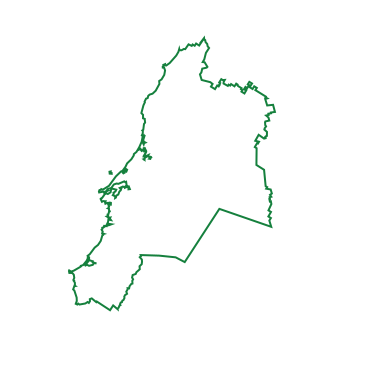 Break O'Day, Tasmania, Australia, rotated 202°
{"feature_id": "25037944B7589359748935", "entity_name": "Break O'Day", "entity_type": "district", "adm_level": 2, "iso_a3": "AUS", "parent_name": "Australia", "parent_adm1": "Tasmania", "projection": "albers", "projection_center": [148.247, -41.391], "detail": "fine", "context": "isolated", "style": "outline", "palette": "green", "viewbox_px": 384, "rotation_deg": 202, "n_neighbors": 0, "source": "geoboundaries", "source_scale": "gbopen_adm2", "svg_char_len": 6057}
<svg xmlns="http://www.w3.org/2000/svg" viewBox="0 0 384 384"><g transform="rotate(202 192 192)"><path d="M255.7,45.9L254.2,45.5L249.1,48.7L247.6,50.9L246.1,50.5L245.7,52.5L246.6,54.4L245.1,55.8L239.5,54.0L239.3,54.8L223.7,51.7L222.6,57.3L217.1,55.5L217.4,56.0L216.7,57.2L216.7,59.4L216.0,60.3L216.7,60.8L216.7,62.8L215.7,63.6L215.9,65.2L215.1,66.1L214.9,68.4L215.6,69.6L215.5,71.2L214.1,73.3L215.6,75.0L215.2,77.8L215.7,78.7L214.2,79.1L214.6,81.2L213.9,83.9L212.9,84.8L214.1,87.3L213.9,89.0L215.5,90.2L215.9,92.8L213.5,94.9L213.5,96.8L211.5,100.8L212.8,103.5L211.6,106.2L212.2,108.6L213.2,110.6L216.0,112.0L215.3,113.4L216.0,114.3L198.6,120.7L182.7,125.3L172.5,124.3L160.3,186.6L105.5,189.4L109.6,194.5L109.1,197.4L112.0,197.9L111.3,203.1L114.2,203.6L113.9,210.6L115.4,212.9L116.2,212.3L117.6,214.4L117.1,214.7L118.1,216.3L116.7,217.3L118.6,218.6L117.4,220.5L120.0,223.8L124.4,222.9L124.1,224.7L125.9,225.0L133.5,239.6L142.4,241.2L148.5,256.8L150.6,257.2L149.9,261.8L149.0,261.7L148.7,263.7L152.5,263.2L151.6,270.0L145.2,268.5L144.4,269.1L145.0,269.3L144.8,270.3L144.2,270.3L144.2,271.7L143.6,272.1L145.0,275.8L148.3,277.0L148.5,278.3L147.9,280.6L149.1,281.4L150.4,284.0L150.4,284.9L147.1,287.2L149.0,289.7L151.9,290.7L149.8,292.2L150.5,293.2L148.2,294.6L148.6,295.3L145.1,297.3L149.5,303.2L154.7,300.4L159.0,305.7L157.3,307.0L159.3,307.3L159.2,308.1L171.4,310.2L170.9,312.8L173.9,313.3L174.4,310.2L177.8,310.8L177.0,315.1L180.1,315.6L180.6,312.7L179.2,312.5L179.9,307.9L181.1,308.1L180.8,309.3L181.8,309.5L182.3,306.8L179.8,306.4L180.3,303.0L183.7,303.6L183.4,305.4L185.1,305.7L184.9,306.8L188.9,307.5L190.2,308.2L190.1,308.7L191.6,309.0L192.2,305.9L196.2,306.7L196.5,305.0L198.2,305.3L198.5,303.8L203.4,304.4L203.9,306.0L203.6,308.2L205.4,307.3L207.1,307.6L207.8,303.8L206.7,303.6L207.0,301.7L206.5,301.6L206.8,299.9L208.5,300.2L209.2,296.0L213.9,296.8L213.4,299.9L216.1,300.7L225.0,299.5L228.7,304.1L228.1,306.3L228.7,310.2L225.0,312.8L224.6,313.8L228.9,317.0L230.7,316.5L230.3,319.6L231.2,326.2L230.1,331.9L232.1,333.0L233.4,335.0L235.5,336.0L236.7,337.8L237.6,337.7L238.5,339.3L240.3,332.6L239.6,333.4L240.2,330.5L243.8,331.2L244.3,328.6L246.7,329.0L247.0,327.4L250.5,327.6L251.8,321.9L253.1,321.6L254.8,319.5L256.7,318.8L257.4,319.8L257.1,316.8L257.7,312.6L261.0,303.2L263.3,299.6L264.8,299.4L265.0,300.3L266.2,299.1L265.6,298.1L266.1,297.3L265.7,296.4L264.4,296.8L262.5,294.6L261.6,290.2L262.4,285.0L264.0,282.6L262.7,280.0L263.6,272.3L265.4,268.4L267.7,266.5L268.6,264.8L268.3,262.5L269.6,261.3L269.8,258.0L269.3,257.5L269.5,254.2L268.5,246.2L266.3,245.2L265.0,242.0L262.4,242.1L263.1,241.8L261.5,238.8L262.0,237.1L260.5,231.5L261.1,230.5L260.5,230.3L259.6,227.9L259.7,225.7L258.5,225.5L258.3,226.1L257.9,226.3L257.8,226.5L257.6,226.3L258.3,225.8L257.5,225.0L257.0,225.5L256.7,222.1L255.6,220.6L253.7,220.4L254.7,219.4L254.6,218.0L255.6,218.9L255.2,220.1L256.6,221.4L257.1,219.2L256.7,221.3L257.8,224.9L258.6,225.4L257.5,219.7L257.7,213.5L253.8,211.6L253.0,213.2L253.2,214.5L252.1,214.8L249.8,212.8L249.5,212.0L249.9,207.5L249.0,208.2L247.7,207.2L248.2,208.1L247.6,208.7L246.5,209.0L246.5,209.8L246.3,210.0L246.4,209.0L247.1,208.7L245.0,208.8L244.4,208.0L243.7,209.1L243.0,209.1L242.7,208.8L243.8,207.0L242.2,207.3L243.9,206.9L243.2,209.0L244.3,207.8L245.0,208.6L247.6,208.6L247.9,208.0L247.4,207.5L247.8,207.0L249.2,207.9L248.3,205.0L249.0,204.4L248.4,204.3L248.2,204.0L248.9,204.1L249.0,204.3L248.9,204.6L248.5,205.1L249.4,207.5L250.2,207.5L249.6,211.5L250.1,212.7L252.6,214.6L253.0,213.5L252.1,214.0L250.8,212.4L251.6,211.7L252.5,212.4L252.5,213.4L254.0,211.2L256.8,212.7L257.5,210.2L257.2,211.9L257.8,213.1L258.5,208.3L260.1,205.4L259.7,204.0L260.5,199.6L262.9,194.2L263.1,190.5L264.2,186.1L263.4,185.8L262.2,187.5L262.8,187.9L262.7,188.8L260.5,188.3L260.5,186.2L263.8,185.4L263.4,184.3L262.2,184.1L262.6,183.6L263.6,184.1L264.2,185.7L265.5,184.5L268.4,178.0L271.3,166.6L274.8,161.8L276.1,160.6L277.2,160.7L277.3,159.9L278.5,159.1L278.5,157.6L277.9,156.8L274.1,159.3L272.4,157.6L272.4,159.6L270.8,161.4L271.8,161.1L271.2,163.1L268.3,165.6L267.3,169.7L265.1,171.6L263.3,172.0L258.8,176.5L257.6,176.1L256.9,176.8L255.2,173.8L253.3,173.1L252.7,173.5L250.7,171.4L251.9,170.7L252.6,172.4L253.2,172.4L253.3,172.9L253.6,173.0L255.6,171.0L255.9,172.2L256.5,171.1L258.1,171.2L260.0,169.2L259.4,169.1L260.2,168.2L259.4,169.0L258.1,168.9L259.8,168.3L258.8,167.8L258.7,166.9L259.5,165.2L259.4,162.0L260.7,160.5L260.5,158.3L261.0,157.6L261.4,159.2L264.2,159.4L263.9,161.0L264.5,161.9L263.2,163.9L263.1,165.8L266.9,165.3L268.0,164.3L267.4,161.2L269.3,158.6L270.7,158.7L272.1,157.3L273.0,153.3L273.9,151.9L273.5,151.8L273.8,151.0L271.8,149.2L270.9,150.3L268.7,151.0L268.8,149.9L267.9,148.7L266.7,150.0L265.3,150.7L265.0,150.4L265.1,150.1L264.3,151.4L262.4,151.7L263.6,150.8L263.2,150.0L261.8,150.1L262.5,149.7L263.9,149.9L264.6,149.8L264.8,149.6L264.3,149.2L265.2,149.8L265.2,150.5L266.1,150.1L263.5,147.6L263.7,146.9L263.1,146.1L263.7,145.4L262.8,145.4L261.5,143.0L261.1,143.1L260.7,143.7L260.5,143.8L261.1,143.0L261.6,142.8L261.2,140.3L261.8,139.6L260.8,138.5L261.9,137.4L259.3,137.0L258.2,137.7L258.3,136.7L256.6,135.6L257.7,135.4L259.7,137.0L258.6,132.7L258.9,128.8L257.2,131.3L254.6,131.9L256.8,129.9L258.3,129.5L258.2,128.4L260.8,127.7L260.9,125.8L261.8,125.2L261.3,124.2L261.7,123.2L260.0,121.9L259.8,120.1L258.0,120.2L258.5,119.8L258.1,118.2L259.0,119.4L258.3,112.4L259.3,107.7L261.4,104.0L263.5,96.0L264.8,93.8L262.9,92.8L262.2,90.9L261.2,90.3L258.0,90.6L257.8,89.6L253.8,90.0L256.3,89.3L256.7,87.3L259.8,85.0L262.1,85.2L263.8,83.3L262.1,89.2L263.2,92.1L264.5,93.2L263.8,91.5L263.9,88.9L265.6,83.4L267.4,81.9L267.1,81.4L267.9,80.2L272.2,74.7L274.3,72.9L276.5,73.3L276.5,72.7L275.4,71.0L272.6,72.1L270.6,71.0L269.0,68.3L269.0,66.0L268.5,65.4L267.6,65.6L267.2,65.6L268.2,65.3L266.6,64.0L265.4,61.2L264.9,61.1L265.2,60.9L265.9,61.8L265.7,57.2L264.1,56.5L259.4,50.9L258.0,47.8L257.9,44.8L256.2,44.7L255.7,45.9ZM275.1,180.6L276.1,179.9L275.2,178.2L273.3,178.8L273.7,179.6L274.8,179.4L275.1,180.6Z" fill="none" stroke="#15803d" stroke-width="2"/></g></svg>